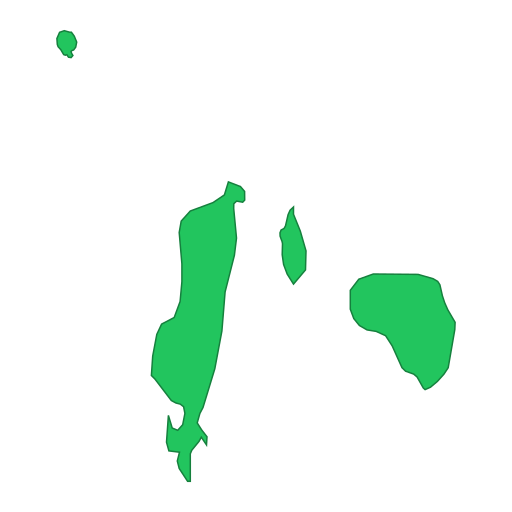 the Province of Romblon
{"feature_id": "PHL-2535", "entity_name": "Romblon", "entity_type": "Province", "adm_level": 1, "iso_a3": "PHL", "parent_name": "Philippines", "parent_adm1": "", "projection": "equal_earth", "projection_center": [122.144, 12.527], "detail": "fine", "context": "isolated", "style": "filled", "palette": "green", "viewbox_px": 512, "rotation_deg": 0, "n_neighbors": 0, "source": "natural_earth", "source_scale": "10m", "svg_char_len": 1603}
<svg xmlns="http://www.w3.org/2000/svg" viewBox="0 0 512 512"><path d="M228.4,181.9L240.5,186.6L244.6,191.4L244.7,200.1L242.7,202.2L236.6,201.1L233.8,203.7L233.7,208.5L236.5,238.1L234.4,255.3L225.1,291.9L221.9,331.0L214.8,368.8L203.0,407.5L199.9,413.4L197.2,422.9L201.8,430.1L207.0,436.8L206.5,444.9L201.3,437.2L199.0,441.4L191.8,450.2L190.3,453.8L190.3,481.3L187.6,481.3L179.2,468.5L177.3,461.0L179.5,452.2L168.9,450.9L166.5,442.2L168.4,415.4L172.2,428.0L177.7,430.3L182.7,424.7L184.9,413.4L183.6,406.7L180.2,404.1L175.9,403.0L171.3,400.5L154.9,379.0L151.4,375.5L152.7,356.1L156.8,334.4L161.6,324.1L174.2,317.5L180.1,301.5L181.9,281.7L181.9,263.9L179.2,232.5L181.2,221.1L190.3,211.0L213.0,202.6L224.4,194.9L228.4,181.9ZM455.1,322.3L454.8,329.6L448.2,367.7L443.9,374.2L437.4,381.4L430.5,387.2L425.1,389.6L423.3,388.0L417.1,377.0L413.7,374.1L405.6,371.2L402.0,367.7L392.2,345.9L385.6,335.7L376.2,331.4L367.0,329.9L359.4,325.5L353.8,318.6L350.3,309.2L350.3,290.3L358.8,279.2L373.3,274.0L418.1,274.4L433.1,278.7L437.7,281.4L439.9,284.8L442.4,295.8L444.7,302.8L447.8,309.8L455.1,322.3ZM293.5,214.3L300.3,231.1L306.0,250.9L305.5,269.9L293.5,284.1L287.2,274.1L283.6,264.5L282.2,254.7L282.5,243.7L282.1,241.6L281.1,239.0L280.1,236.1L280.0,232.8L281.1,230.0L284.0,228.5L285.5,225.9L288.1,214.6L290.1,210.2L293.5,207.0L293.5,214.3ZM73.6,50.0L72.2,50.4L71.0,51.5L71.7,53.5L72.9,55.5L71.1,57.6L68.5,57.2L66.8,54.7L65.4,55.2L63.7,54.6L60.8,49.7L58.1,46.7L57.3,44.4L56.9,38.5L59.6,32.3L64.3,30.7L69.7,32.2L71.4,32.2L74.3,36.2L76.7,42.1L75.7,47.2L73.6,50.0Z" fill="#22c55e" stroke="#15803d" stroke-width="1.5"/></svg>